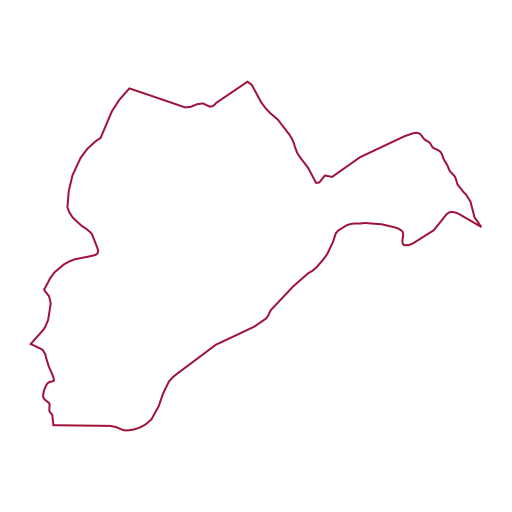 the border of Logar
{"feature_id": "AFG-1771", "entity_name": "Logar", "entity_type": "Province", "adm_level": 1, "iso_a3": "AFG", "parent_name": "Afghanistan", "parent_adm1": "", "projection": "albers", "projection_center": [69.257, 33.983], "detail": "fine", "context": "isolated", "style": "outline", "palette": "rose", "viewbox_px": 512, "rotation_deg": 0, "n_neighbors": 0, "source": "natural_earth", "source_scale": "10m", "svg_char_len": 2164}
<svg xmlns="http://www.w3.org/2000/svg" viewBox="0 0 512 512"><path d="M247.5,81.7L251.8,84.9L261.0,102.0L265.5,108.2L270.4,113.3L277.8,119.6L289.3,134.5L292.0,138.9L293.9,143.2L294.9,146.9L297.2,152.9L300.0,157.2L308.2,168.0L316.0,182.8L318.7,182.7L320.0,181.7L324.9,175.5L332.1,176.9L360.2,157.1L404.6,136.2L412.7,133.4L416.4,132.7L419.2,133.4L421.0,134.9L423.6,138.4L424.7,139.5L425.4,140.1L428.6,141.9L429.7,142.8L430.5,143.8L431.7,146.0L432.6,147.3L433.6,148.1L437.9,150.0L439.7,151.2L441.0,152.6L442.0,154.4L443.6,159.1L447.6,165.8L449.0,169.5L449.9,171.1L450.9,172.3L453.7,175.2L454.8,176.5L455.5,177.8L457.4,184.3L463.2,191.7L466.4,195.0L470.5,201.7L474.5,217.3L481.3,227.0L458.3,213.6L455.6,212.6L453.3,212.1L451.1,211.9L449.1,212.5L446.8,214.0L433.7,230.3L412.6,243.6L408.5,245.2L403.9,245.1L402.6,243.4L402.4,240.3L402.9,237.0L403.2,234.2L402.6,231.9L401.2,230.3L398.3,228.6L394.8,227.4L381.9,224.3L365.0,223.0L360.3,223.5L353.9,223.5L350.2,224.1L346.6,225.3L338.3,230.5L335.9,233.1L332.8,242.3L327.2,254.1L323.3,259.5L316.9,266.9L312.6,270.7L308.1,273.3L293.2,286.4L291.2,288.5L270.8,310.1L268.1,315.7L266.1,318.5L254.0,326.8L215.9,344.7L178.9,372.4L173.7,376.4L169.0,381.4L163.0,393.7L158.7,406.2L151.4,419.4L146.3,423.8L143.8,425.5L139.4,427.7L134.3,429.4L128.3,430.3L123.7,430.3L115.9,427.0L110.0,425.9L53.4,425.2L52.3,415.0L49.6,411.7L49.3,410.0L49.6,404.8L49.1,403.1L47.2,401.5L45.3,400.1L43.7,398.3L43.0,395.8L43.8,391.0L45.2,387.3L46.8,384.2L48.3,382.7L49.9,381.9L52.9,381.3L53.9,380.7L53.7,378.4L52.4,374.7L48.9,366.8L46.0,357.5L45.4,354.5L43.6,351.3L42.2,349.5L30.7,344.0L43.6,329.5L45.2,326.9L48.1,320.1L50.7,303.7L50.1,300.3L48.9,296.0L44.9,291.1L44.3,289.8L44.2,289.1L45.1,287.9L50.2,278.2L54.5,272.3L63.9,264.4L69.0,261.6L74.4,259.4L92.7,255.7L96.1,254.6L97.6,253.2L98.1,251.4L98.1,250.6L97.4,248.0L92.0,234.2L90.3,232.3L86.4,228.9L81.6,225.8L72.9,217.8L69.3,212.4L67.4,207.2L68.8,190.8L72.5,175.3L80.6,157.8L87.3,148.9L95.4,141.4L100.6,137.9L111.9,111.3L119.4,99.7L129.4,88.4L185.2,107.4L190.7,106.9L196.8,104.3L202.9,103.4L209.5,106.6L212.0,106.4L214.3,105.0L216.3,102.8L247.5,81.7Z" fill="none" stroke="#9f1239" stroke-width="2"/></svg>